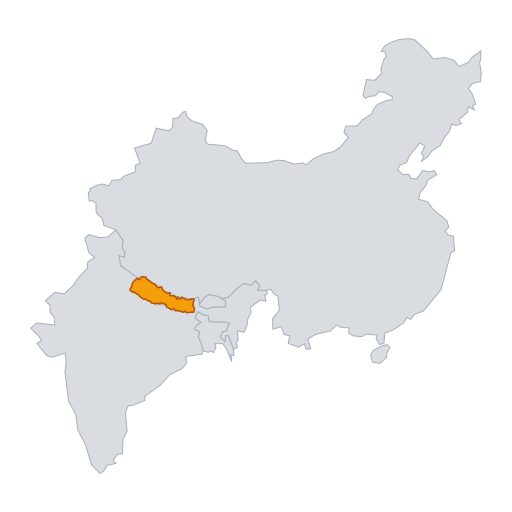 Nepal highlighted, Albers equal-area conic projection
{"feature_id": "NPL", "entity_name": "Nepal", "entity_type": "country or territory", "adm_level": 0, "iso_a3": "NPL", "parent_name": "Asia", "parent_adm1": "", "projection": "albers", "projection_center": [84.322, 28.374], "detail": "fine", "context": "with_neighbors", "style": "filled", "palette": "amber", "viewbox_px": 512, "rotation_deg": 0, "n_neighbors": 4, "source": "natural_earth", "source_scale": "50m", "svg_char_len": 7228}
<svg xmlns="http://www.w3.org/2000/svg" viewBox="0 0 512 512"><path d="M266.3,290.4L267.3,293.8L264.7,295.7L265.9,301.1L260.1,300.1L250.4,307.3L251.1,312.4L247.3,320.3L247.2,324.7L244.2,332.3L237.6,330.8L238.0,340.1L236.3,343.2L237.5,347.0L233.5,349.4L228.2,335.5L225.9,335.7L224.9,341.5L220.1,337.1L222.4,331.9L226.0,331.1L229.3,323.3L224.5,322.1L209.2,321.8L208.2,315.6L204.3,315.3L197.7,311.7L195.1,317.9L201.1,322.4L196.1,326.0L194.4,329.3L199.6,331.5L198.4,337.0L201.5,343.6L203.1,350.9L202.0,354.2L185.9,356.4L186.6,363.1L182.2,368.5L169.9,374.6L160.3,385.1L145.0,396.3L144.9,400.4L132.5,405.4L128.3,405.7L125.4,412.3L127.1,431.0L123.0,439.2L122.4,453.8L117.6,454.1L113.1,460.4L115.8,463.4L107.2,465.4L103.8,471.0L99.9,473.3L91.5,464.8L85.1,443.6L78.0,430.6L75.6,414.0L68.6,401.3L65.0,372.3L66.1,361.6L65.2,353.1L52.4,357.2L46.6,355.5L37.0,343.4L41.4,340.7L39.4,336.9L30.7,328.1L36.9,322.9L54.9,325.1L54.1,317.2L50.1,312.2L50.0,305.2L45.2,300.6L55.1,292.3L64.2,293.9L73.3,285.4L79.1,276.8L87.3,268.4L87.7,262.0L94.6,257.4L88.9,252.5L84.8,238.2L88.8,234.6L99.8,237.7L108.2,236.9L115.8,229.8L123.2,240.7L122.2,247.9L125.0,252.7L124.5,257.2L119.1,255.8L120.8,265.7L138.7,278.4L133.6,282.3L130.3,290.6L155.5,304.0L166.4,305.2L171.1,309.8L187.0,312.5L193.7,312.1L193.8,299.0L198.5,296.9L199.7,305.8L207.1,308.9L212.1,307.2L225.4,306.8L225.6,301.3L222.2,298.6L228.5,297.1L235.2,289.9L243.8,283.4L250.6,285.1L255.8,280.8L260.0,286.0L257.7,290.0L266.3,290.4Z" fill="#d9dde1" stroke="#a8b0b8" stroke-width="1"/><path d="M233.5,349.4L233.8,355.8L230.8,354.6L231.8,361.8L226.4,348.6L222.6,343.6L215.0,343.7L215.9,347.3L213.5,352.4L209.9,350.8L208.7,352.4L203.1,350.9L201.5,343.6L198.4,337.0L199.6,331.5L194.4,329.3L196.1,326.0L201.1,322.4L195.1,317.9L197.7,311.7L204.3,315.3L208.2,315.6L209.2,321.8L224.5,322.1L229.3,323.3L226.0,331.1L222.4,331.9L220.1,337.1L224.9,341.5L225.9,335.7L228.2,335.5L233.5,349.4Z" fill="#d9dde1" stroke="#a8b0b8" stroke-width="1"/><path d="M218.6,296.4L225.6,301.3L225.4,306.8L212.1,307.2L207.1,308.9L199.7,305.8L199.5,304.0L204.5,297.1L208.6,294.6L218.6,296.4Z" fill="#d9dde1" stroke="#a8b0b8" stroke-width="1"/><path d="M379.9,363.4L372.4,362.1L370.6,354.7L373.9,349.9L382.5,345.5L387.4,344.7L390.0,347.6L387.1,352.2L386.3,357.6L379.9,363.4ZM135.7,170.2L135.3,165.3L140.1,163.2L134.5,148.0L151.2,143.2L156.2,128.1L169.1,130.9L172.7,127.0L172.9,118.7L178.3,117.8L183.0,112.2L185.5,111.4L187.4,117.2L192.9,121.4L202.3,124.1L207.2,130.6L205.2,140.6L207.7,144.2L224.8,145.7L233.3,150.4L237.6,151.0L241.4,158.6L245.8,163.3L267.6,162.6L276.5,160.2L283.4,160.5L294.3,164.2L302.5,162.9L306.0,165.0L313.1,159.0L323.4,154.0L333.5,151.6L340.6,146.9L348.4,137.5L343.9,132.2L346.0,126.1L357.0,126.0L362.3,120.0L371.3,114.2L374.5,107.6L378.3,104.0L387.2,100.3L392.4,99.7L392.2,96.6L384.9,92.7L379.2,91.6L375.2,95.9L368.7,96.4L365.4,98.4L362.9,95.5L366.5,79.5L374.7,80.4L381.8,72.9L380.8,69.5L383.7,59.7L386.2,56.2L384.9,52.0L381.1,51.2L384.7,45.9L391.5,42.2L399.2,39.5L408.6,38.7L414.7,39.7L428.2,52.3L433.1,59.0L444.4,57.5L453.7,60.1L459.0,66.4L468.1,62.6L472.0,57.4L480.8,50.8L480.7,59.1L479.6,62.9L481.3,72.3L480.5,81.7L472.4,83.4L468.3,88.4L472.7,94.5L475.6,104.3L472.5,105.8L474.2,109.9L468.2,106.8L467.4,112.3L458.9,119.7L461.5,123.6L455.8,125.4L451.7,124.0L449.4,131.4L443.7,138.4L440.2,145.6L431.6,151.2L427.9,156.7L421.4,161.4L423.7,156.3L421.3,153.5L424.8,146.2L419.9,143.0L409.2,155.9L406.6,162.6L400.1,164.9L397.7,169.9L403.0,174.6L409.0,174.4L410.4,178.1L416.6,179.0L422.5,170.5L429.7,171.9L434.2,170.7L436.7,174.7L427.7,180.2L425.9,185.8L420.3,192.2L418.5,199.3L427.6,201.7L433.0,209.2L446.9,220.7L448.8,227.0L444.9,230.9L448.1,234.9L453.3,236.1L454.7,250.8L450.8,253.0L441.1,289.6L423.4,311.0L414.5,314.4L410.6,319.5L407.1,317.4L403.6,322.8L393.2,329.9L384.8,333.2L384.0,343.0L379.5,344.5L376.0,338.7L377.2,334.9L365.6,334.4L362.0,336.6L353.2,335.9L348.6,333.1L349.0,327.8L341.2,327.6L336.7,325.0L330.5,330.9L316.1,334.2L307.9,338.9L310.7,348.9L306.2,349.3L304.4,343.7L298.6,347.1L288.2,343.4L289.7,335.7L284.2,334.6L281.3,326.7L272.8,329.2L272.6,318.5L279.4,310.1L277.8,295.9L274.1,294.2L270.9,289.3L266.3,290.4L257.7,290.0L260.0,286.0L255.8,280.8L250.6,285.1L243.8,283.4L235.2,289.9L228.5,297.1L222.2,298.6L218.6,296.4L208.6,294.6L204.5,297.1L199.5,304.0L198.5,296.9L193.8,299.0L175.5,296.4L169.0,292.5L162.9,290.8L160.3,286.5L155.9,285.1L148.1,279.2L141.9,276.3L138.7,278.4L120.8,265.7L119.1,255.8L124.5,257.2L125.0,252.7L122.2,247.9L123.2,240.7L115.8,229.8L103.9,225.5L102.2,218.5L97.2,214.0L96.1,211.4L95.9,202.8L91.7,200.5L89.3,201.2L88.2,192.9L90.4,191.1L89.6,188.9L96.7,185.4L101.6,184.0L109.0,185.7L111.9,180.3L120.9,179.7L123.6,176.4L134.6,172.1L135.7,170.2Z" fill="#d9dde1" stroke="#a8b0b8" stroke-width="1"/><path d="M193.7,299.0L194.0,299.3L194.1,299.7L194.0,300.1L193.7,301.1L193.4,301.8L193.1,303.2L192.9,305.7L193.0,306.1L194.0,307.5L194.4,308.6L194.4,309.3L194.1,310.6L193.7,312.0L193.4,312.3L193.2,312.4L192.0,312.0L191.2,312.1L190.3,312.4L189.3,312.3L188.5,312.2L187.5,312.8L186.5,312.5L185.9,312.2L185.5,311.2L185.3,311.1L183.3,312.1L182.8,312.2L181.5,311.7L180.4,311.2L180.0,311.0L179.0,310.8L178.1,310.7L177.1,310.4L175.9,310.8L175.4,310.8L175.0,310.5L174.7,309.8L174.7,309.2L174.2,308.8L173.6,308.7L172.7,309.1L171.4,309.6L171.0,309.5L170.6,309.4L170.4,309.3L170.3,308.7L170.1,308.6L169.7,308.5L169.2,308.4L168.5,308.0L166.5,306.9L166.3,306.5L166.3,305.5L166.2,305.1L165.9,304.6L164.9,304.2L162.9,303.5L161.8,302.9L161.2,303.2L160.2,303.4L159.7,303.9L159.0,303.8L157.5,303.2L156.6,303.1L156.1,303.3L156.0,303.6L155.4,304.0L154.8,303.7L153.6,303.3L152.5,303.1L150.9,302.6L150.8,301.9L150.5,301.2L150.1,301.1L148.7,301.2L147.4,300.4L146.1,299.4L145.5,299.1L145.1,298.9L144.7,299.1L144.3,299.3L144.0,299.3L143.2,298.9L142.3,298.3L141.1,297.5L139.8,296.4L139.2,295.9L139.0,295.4L138.7,295.0L137.5,294.3L136.5,293.7L135.4,293.1L135.2,292.9L134.8,292.5L134.2,292.0L133.6,291.9L133.4,292.1L133.3,292.4L132.8,292.3L132.1,291.8L131.3,291.3L130.8,290.8L130.1,290.3L130.0,289.9L130.3,288.8L130.7,287.9L131.0,287.7L131.5,287.0L131.8,285.9L131.8,285.0L132.3,283.7L133.0,282.3L134.2,280.8L134.7,280.3L135.3,280.0L136.4,278.9L136.6,278.7L137.1,278.4L137.5,278.4L137.9,278.5L138.2,279.1L138.6,279.7L139.1,279.7L139.8,279.2L141.1,277.0L142.8,276.6L144.5,276.9L145.9,277.2L146.3,278.0L146.6,278.8L146.8,279.2L147.3,279.6L149.3,280.8L150.5,281.8L152.1,283.1L153.4,283.7L154.5,283.8L155.1,284.3L156.0,285.4L156.8,286.6L157.8,287.7L158.5,287.6L159.4,287.3L160.6,286.8L161.3,287.1L161.9,287.4L162.1,287.9L162.5,289.0L162.9,290.1L163.5,290.5L164.3,291.1L164.7,291.6L166.2,292.4L166.4,292.7L166.7,293.0L167.1,293.1L167.4,293.3L167.8,293.3L169.5,292.8L170.0,292.9L170.2,293.0L169.9,294.0L169.7,295.0L169.9,295.5L170.7,295.7L172.2,295.8L174.3,295.8L175.0,296.3L175.6,297.0L176.3,298.3L176.6,298.9L176.9,299.0L177.4,298.8L177.5,298.3L177.5,297.5L178.0,297.2L178.3,297.4L178.6,298.0L179.5,298.6L180.2,298.8L180.8,298.7L181.0,298.5L181.3,297.4L181.8,297.2L182.4,297.3L182.6,297.5L182.9,297.9L183.6,298.1L184.3,298.4L185.0,298.7L186.0,299.5L187.2,299.6L188.6,299.6L189.3,299.6L189.8,299.6L190.3,299.6L191.7,298.9L192.3,298.9L193.0,298.9L193.7,299.0Z" fill="#f59e0b" stroke="#b45309" stroke-width="1.5"/></svg>